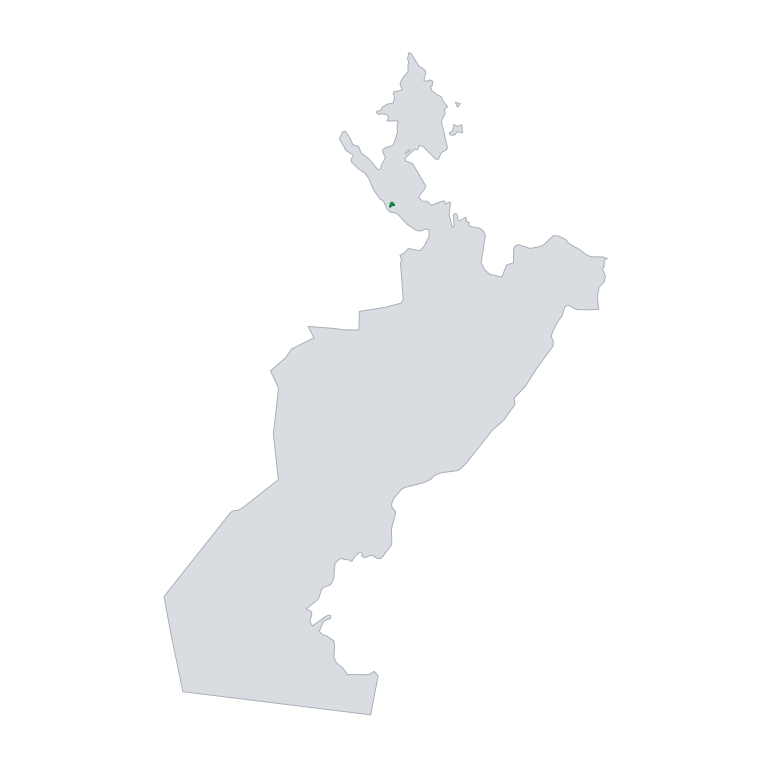 location of Yunusabad, Tashkent, Uzbekistan, rotated 268°
{"feature_id": "79887680B16922356170962", "entity_name": "Yunusabad", "entity_type": "district", "adm_level": 2, "iso_a3": "UZB", "parent_name": "Uzbekistan", "parent_adm1": "Tashkent", "projection": "orthographic", "projection_center": [69.256, 41.321], "detail": "fine", "context": "in_parent", "style": "filled", "palette": "green", "viewbox_px": 768, "rotation_deg": 268, "n_neighbors": 0, "source": "geoboundaries", "source_scale": "gbopen_adm2", "svg_char_len": 4406}
<svg xmlns="http://www.w3.org/2000/svg" viewBox="0 0 768 768"><g transform="rotate(268 384 384)"><path d="M618.7,354.2L630.8,348.0L637.6,351.9L638.3,354.1L630.9,358.6L624.2,361.2L622.3,366.8L615.7,369.3L609.1,377.2L598.6,385.2L598.5,386.9L599.4,388.2L602.9,389.0L609.9,393.3L616.6,390.7L618.3,391.2L620.1,393.7L622.1,400.8L625.1,402.7L634.9,406.2L642.2,406.1L645.9,407.5L646.5,406.8L646.7,396.2L649.8,397.9L653.1,396.5L654.2,391.2L653.5,387.7L655.8,385.7L657.1,387.0L657.3,390.1L660.9,392.2L663.6,397.3L664.6,403.3L671.4,404.6L673.8,403.4L675.7,404.0L676.9,411.6L677.9,412.2L683.7,410.5L689.3,413.4L695.4,419.0L702.2,419.1L703.6,420.1L708.4,418.9L714.0,420.3L714.2,421.2L713.3,422.5L700.4,430.1L696.9,435.1L694.0,436.8L686.0,434.4L684.9,437.4L686.4,440.3L684.6,443.5L680.5,442.5L679.6,441.0L675.7,441.9L671.2,447.1L669.1,451.4L664.8,452.8L658.9,457.2L656.3,453.9L652.0,454.5L646.3,451.2L643.5,450.7L617.9,455.6L616.0,454.9L613.2,449.3L606.8,446.3L606.9,443.5L619.9,431.4L621.3,427.8L616.9,425.8L617.6,422.7L609.1,413.3L607.5,412.8L606.4,413.2L603.3,420.2L580.8,432.5L577.5,431.4L572.4,426.9L569.1,425.3L565.1,429.1L565.2,433.7L561.0,437.2L564.9,449.5L564.5,451.1L561.5,451.5L563.7,456.2L561.9,456.7L551.0,454.9L538.4,457.7L538.7,459.6L550.0,459.3L551.6,460.2L551.8,461.7L551.1,462.7L545.2,463.7L544.6,465.6L547.7,471.1L546.2,472.3L544.1,471.3L542.4,474.8L538.6,474.6L536.4,485.1L533.2,488.8L528.9,490.5L502.0,485.3L494.9,488.5L490.2,493.1L486.9,504.6L487.2,505.9L498.7,510.5L500.5,517.6L514.5,518.4L516.8,519.5L518.0,521.3L518.6,523.2L514.4,534.6L515.8,544.6L518.1,549.3L526.3,558.3L525.9,563.1L523.9,567.4L521.6,571.2L519.0,572.7L515.4,577.5L512.2,583.3L506.1,590.9L504.0,595.2L503.2,607.6L501.5,611.3L501.3,609.9L499.2,608.5L492.9,607.9L491.7,606.3L483.5,609.1L478.5,607.6L473.4,602.4L463.6,600.3L451.1,601.1L451.0,588.2L451.8,578.6L456.3,571.2L456.2,569.8L454.2,567.1L446.7,564.8L438.2,558.5L430.1,554.2L425.6,552.8L420.3,554.8L415.7,554.0L394.7,537.5L377.0,525.4L365.1,513.4L359.2,514.3L343.9,502.7L334.4,490.9L302.3,463.7L296.2,457.2L294.8,454.0L293.4,438.6L290.9,431.4L287.0,427.2L283.9,419.7L279.9,401.4L278.3,398.0L269.0,389.6L263.5,387.2L259.2,388.1L256.7,390.8L253.3,390.8L239.2,386.4L223.3,386.2L210.3,375.6L209.6,374.1L209.9,371.6L213.2,365.8L212.9,363.2L211.4,360.1L211.7,357.1L213.1,355.6L215.6,356.4L216.7,355.4L216.5,353.7L213.7,349.7L207.8,345.6L209.3,343.4L210.2,337.7L211.4,334.7L210.8,333.6L206.5,328.8L191.2,326.9L187.7,325.2L185.0,323.2L182.8,316.5L181.5,314.8L171.3,310.9L162.0,298.5L159.2,303.2L157.0,303.9L149.1,301.6L144.7,304.1L153.2,316.7L154.9,320.4L154.6,322.5L151.6,322.5L149.7,316.7L148.3,315.0L139.2,310.7L135.6,313.8L134.2,318.0L129.1,324.9L124.2,325.5L112.7,324.4L109.1,325.6L106.5,327.2L101.3,333.1L94.9,337.5L94.0,358.5L97.1,364.1L92.7,368.0L53.8,359.1L83.5,172.3L139.4,162.7L179.2,156.7L260.4,225.7L262.3,228.2L262.9,233.5L264.8,237.8L292.1,275.2L337.8,271.7L383.5,278.5L401.1,271.0L414.0,286.9L422.1,292.8L432.7,315.6L444.1,310.2L441.2,336.7L439.6,344.8L438.8,360.8L457.4,361.9L460.6,387.8L464.3,404.2L468.3,406.2L504.0,404.7L506.7,406.0L511.8,404.4L515.0,409.6L518.6,413.1L515.9,424.4L520.2,428.9L530.1,434.3L536.3,434.2L537.4,432.3L537.1,429.6L535.7,426.9L535.8,423.6L536.8,421.1L542.8,412.6L552.5,404.3L554.7,401.3L555.6,396.0L559.0,393.0L567.3,389.6L568.6,386.9L578.7,380.2L590.0,375.9L595.2,372.4L600.1,365.9L607.3,359.0L610.1,358.9L612.1,361.0L613.8,361.1L618.7,354.2ZM617.3,417.7L615.9,414.4L614.1,413.2L613.3,413.7L616.2,417.8L617.3,417.7ZM640.0,471.0L632.4,471.1L633.6,466.0L630.7,463.7L630.2,461.2L630.7,458.8L632.6,458.0L634.9,461.5L640.8,463.0L638.9,466.6L640.4,470.3L640.0,471.0ZM663.0,465.2L661.6,469.7L658.2,467.8L658.7,466.7L663.0,465.2Z" fill="#d9dde1" stroke="#a8b0b8" stroke-width="1"/><path d="M560.7,396.2L561.0,396.7L561.0,396.8L561.2,397.1L561.5,397.3L561.8,397.7L562.1,398.0L562.3,398.3L562.1,398.6L562.1,398.8L562.6,399.2L562.5,399.3L562.5,399.5L562.4,399.7L562.4,399.8L562.3,400.0L562.2,400.3L562.2,400.5L562.4,400.6L562.7,400.6L562.8,400.5L562.8,400.4L563.0,400.3L563.2,400.2L563.3,400.0L563.3,399.9L563.4,399.7L563.5,399.6L563.6,399.4L563.8,399.3L563.8,399.2L564.0,399.3L564.1,399.5L564.2,399.4L564.2,399.2L564.3,399.1L564.3,398.9L564.5,398.7L564.6,398.8L564.9,398.5L565.3,398.3L564.5,397.6L564.3,396.8L564.1,396.7L563.1,396.8L562.9,396.8L562.0,396.1L560.9,396.0L560.7,396.2Z" fill="#22c55e" stroke="#15803d" stroke-width="1.5"/></g></svg>